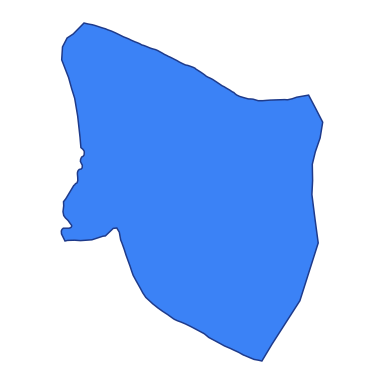 Atsaphangthong, Savannakhét, Laos
{"feature_id": "54806243B41596268770013", "entity_name": "Atsaphangthong", "entity_type": "district", "adm_level": 2, "iso_a3": "LAO", "parent_name": "Laos", "parent_adm1": "Savannakhét", "projection": "equal_earth", "projection_center": [105.275, 16.699], "detail": "fine", "context": "isolated", "style": "filled", "palette": "blue", "viewbox_px": 384, "rotation_deg": 0, "n_neighbors": 0, "source": "geoboundaries", "source_scale": "gbopen_adm2", "svg_char_len": 2341}
<svg xmlns="http://www.w3.org/2000/svg" viewBox="0 0 384 384"><path d="M308.6,95.1L296.7,97.2L292.1,98.8L287.5,99.8L284.6,99.6L282.0,99.7L275.9,99.9L270.2,100.1L266.1,100.4L262.6,100.7L258.2,100.7L253.2,99.2L251.4,99.0L248.3,98.9L243.3,97.5L239.6,96.4L236.5,94.9L234.8,93.5L233.7,92.4L232.6,92.0L229.8,90.1L226.5,88.2L223.9,86.6L222.3,85.9L220.4,84.6L218.5,83.3L215.5,81.3L212.6,79.4L210.3,78.2L208.0,77.2L206.2,76.2L204.5,74.8L202.7,73.5L200.8,72.2L195.9,69.1L195.0,68.2L193.1,67.3L190.4,66.3L187.8,65.4L185.5,65.0L182.1,63.4L179.3,62.0L177.0,60.6L175.8,60.0L174.6,59.4L172.1,58.1L170.1,57.1L168.2,56.3L166.8,55.5L164.6,54.5L162.3,53.1L160.1,51.9L157.6,50.5L155.5,49.6L153.9,49.2L152.1,48.7L149.8,47.9L146.2,46.4L143.9,45.5L141.7,44.9L139.9,43.8L137.6,42.8L134.9,41.8L130.8,40.0L129.1,39.1L126.5,38.0L123.4,36.8L121.6,35.9L118.2,34.2L115.3,32.8L111.5,31.1L107.5,29.7L105.5,28.8L102.7,28.0L100.8,27.4L99.0,26.8L95.4,25.6L94.0,25.2L92.2,24.7L89.8,24.3L87.7,23.9L85.6,23.4L84.0,23.0L73.2,34.0L67.1,38.0L62.5,46.9L61.7,59.8L66.3,71.7L68.6,77.6L71.6,88.5L74.7,98.4L77.7,116.3L80.0,137.1L80.9,147.6L82.9,149.3L83.9,150.7L84.3,151.7L84.2,153.6L84.1,154.9L83.3,156.1L81.6,157.1L80.6,159.3L80.4,161.4L81.4,163.5L82.3,165.2L82.2,167.8L81.0,169.1L79.3,169.4L78.2,170.5L77.5,172.2L77.4,173.9L77.7,177.4L77.8,180.5L77.2,182.4L76.9,183.0L76.0,183.4L75.4,183.8L74.7,184.8L73.7,185.6L65.9,198.6L63.5,201.7L63.7,205.8L63.0,211.7L63.7,215.5L65.4,217.9L68.1,220.5L70.0,223.2L71.6,225.3L71.6,226.5L70.9,227.5L69.2,228.2L66.6,228.2L63.3,228.2L62.0,229.4L61.3,231.0L61.5,233.9L63.1,237.2L65.0,241.0L67.6,240.4L74.5,240.2L80.5,240.6L91.9,239.8L102.9,236.2L105.4,235.9L110.0,231.5L113.2,228.4L116.8,228.0L119.3,232.2L120.7,240.0L121.9,242.9L124.2,249.3L126.0,255.0L128.0,260.5L130.0,266.0L131.8,271.5L133.2,275.4L136.3,281.1L140.4,288.4L142.8,292.9L145.8,297.4L148.3,299.7L152.7,303.8L158.0,308.0L162.6,311.3L167.4,314.4L171.7,317.5L174.1,319.2L177.3,320.7L181.1,322.1L185.4,323.9L189.9,326.1L198.3,330.5L204.4,333.8L208.7,337.4L212.2,339.3L220.1,343.5L224.4,345.9L227.9,347.4L230.3,348.4L233.6,350.0L238.4,352.2L243.2,354.9L254.0,359.4L258.5,360.2L261.9,361.0L272.1,344.0L299.9,300.7L318.2,243.0L314.8,217.5L311.9,194.5L312.6,180.6L312.3,164.3L315.3,151.9L320.1,138.0L322.7,122.2L315.3,107.8L308.6,95.1Z" fill="#3b82f6" stroke="#1e3a8a" stroke-width="1.5"/></svg>